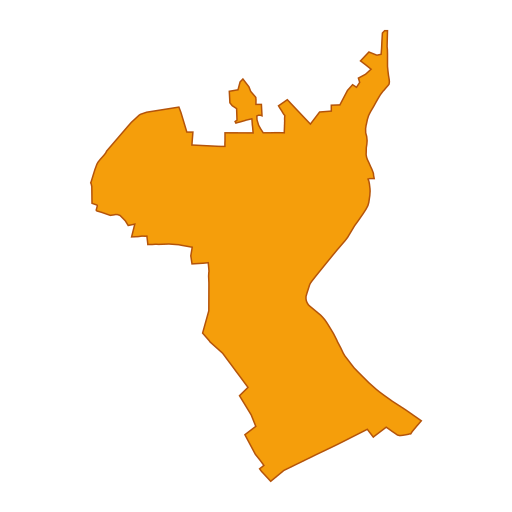 Cau Giay, Ha Noi, Vietnam (orthographic projection)
{"feature_id": "81297802B81208073820584", "entity_name": "Cau Giay", "entity_type": "district", "adm_level": 2, "iso_a3": "VNM", "parent_name": "Vietnam", "parent_adm1": "Ha Noi", "projection": "orthographic", "projection_center": [105.795, 21.03], "detail": "fine", "context": "isolated", "style": "filled", "palette": "amber", "viewbox_px": 512, "rotation_deg": 0, "n_neighbors": 0, "source": "geoboundaries", "source_scale": "gbopen_adm2", "svg_char_len": 4216}
<svg xmlns="http://www.w3.org/2000/svg" viewBox="0 0 512 512"><path d="M367.1,120.8L367.3,119.7L368.6,115.6L369.6,113.5L370.7,111.4L373.2,107.2L374.0,105.8L375.8,102.5L377.8,99.0L380.3,94.8L383.0,91.2L384.2,90.0L385.5,88.4L388.2,85.3L388.9,84.4L389.1,83.9L389.4,81.8L389.3,80.9L389.2,79.6L388.8,77.2L388.5,75.5L387.9,70.6L387.5,66.4L387.5,63.0L387.5,55.4L387.5,54.0L387.4,49.7L387.1,46.6L387.5,30.7L384.6,30.7L383.8,31.6L382.8,32.6L382.4,33.1L382.1,38.1L381.9,41.5L381.6,48.2L381.1,54.3L376.9,55.2L368.9,52.0L360.5,60.9L365.5,64.7L371.1,69.2L365.5,74.3L358.4,78.1L359.7,82.4L356.5,87.3L352.6,84.7L347.5,90.4L339.9,104.9L331.3,105.2L331.3,111.1L319.6,112.0L310.4,124.1L305.9,119.4L287.3,99.7L280.7,104.3L278.5,105.8L279.8,108.0L282.1,111.5L282.5,112.3L283.7,114.2L284.8,115.5L284.6,118.2L284.6,118.5L284.6,119.5L284.7,121.0L284.6,122.4L284.6,123.1L284.6,124.0L284.5,125.2L284.5,126.2L284.3,131.2L284.3,132.8L279.0,132.7L274.8,132.7L270.4,132.8L263.2,132.8L260.6,128.8L258.6,125.2L257.0,119.9L256.8,116.0L258.5,115.2L260.6,115.3L262.0,115.8L261.4,104.4L255.9,104.4L256.0,99.8L255.8,97.9L255.8,97.4L254.9,96.3L250.7,91.4L248.9,86.8L242.9,79.0L240.1,81.9L238.0,89.8L229.3,91.3L229.9,102.8L232.2,105.7L236.6,108.6L237.0,120.2L235.1,121.5L235.9,123.1L237.4,122.6L240.3,121.9L245.1,120.5L245.8,120.2L249.7,119.3L251.8,118.8L252.0,120.0L252.0,120.5L252.1,121.1L252.1,121.5L252.1,121.9L252.2,122.8L252.3,124.7L252.6,126.9L253.0,131.5L253.1,132.9L252.8,132.9L250.9,132.9L250.5,132.9L225.0,132.8L225.0,139.2L225.0,141.0L224.9,142.9L224.9,144.9L224.9,146.4L220.7,146.4L217.7,146.3L191.9,145.0L192.7,134.7L192.9,132.1L188.9,132.1L187.8,132.1L186.8,132.0L181.0,112.7L178.9,107.1L146.7,112.2L140.5,114.3L139.1,115.2L138.9,115.4L131.4,122.3L127.8,126.4L106.6,151.1L106.1,152.2L105.6,153.1L103.9,155.3L100.3,159.3L98.0,162.2L96.9,164.2L95.0,169.3L93.0,175.7L91.4,181.0L91.0,182.1L90.7,182.9L91.1,183.5L91.8,186.5L92.0,203.3L96.8,205.0L97.2,205.3L97.3,205.9L96.4,209.4L96.2,210.0L96.4,210.6L97.0,211.0L101.5,212.3L109.5,215.1L110.5,215.4L112.0,215.1L113.1,215.0L115.7,214.5L117.7,214.6L117.9,214.7L120.1,215.5L125.3,220.8L128.2,225.5L132.0,224.7L134.8,224.1L131.6,236.9L138.3,236.6L141.9,236.1L145.6,236.2L146.9,236.1L147.8,244.0L147.8,244.5L152.3,244.5L155.9,244.2L158.6,244.4L168.9,244.0L175.6,244.5L178.6,244.7L181.5,245.3L192.2,247.2L192.2,247.4L190.8,255.8L192.0,263.9L203.5,263.2L208.2,262.7L208.5,265.5L209.0,271.3L208.8,272.6L208.6,276.1L208.9,282.7L208.9,286.1L208.8,310.8L202.6,333.1L209.3,340.8L210.0,341.9L222.6,353.2L225.0,356.4L226.9,359.0L232.0,365.8L233.1,367.3L236.1,371.4L239.2,375.5L245.1,383.5L247.2,386.3L248.0,387.4L239.5,395.7L251.2,414.9L255.8,426.4L253.5,428.1L244.9,434.7L255.4,454.4L259.9,460.0L263.9,465.4L259.6,468.8L261.5,471.4L270.7,481.3L283.9,470.4L315.8,454.8L337.5,444.4L367.3,429.3L373.3,437.1L374.5,436.1L386.2,427.2L388.7,428.9L389.5,429.5L390.7,430.3L392.0,431.3L393.2,432.1L394.7,433.1L397.4,435.0L399.7,435.6L401.9,435.4L403.9,435.1L406.3,434.7L408.4,434.3L409.5,433.9L410.7,433.9L412.4,431.3L413.2,430.4L413.9,429.5L414.5,428.8L415.2,428.0L416.4,426.5L416.9,425.9L418.5,424.1L418.9,423.6L421.3,420.8L405.7,409.9L392.4,401.3L384.3,395.5L379.3,391.8L376.1,389.2L368.7,382.6L362.6,376.5L358.1,372.0L354.1,367.9L350.3,363.0L346.8,358.4L344.9,356.0L344.2,354.8L343.8,354.1L343.3,353.3L341.9,350.3L340.8,348.0L339.8,346.1L338.0,342.7L337.6,342.0L336.7,339.9L333.5,333.6L330.0,327.8L326.9,322.8L324.9,319.9L322.7,317.3L320.7,315.2L309.5,305.9L308.3,304.7L306.9,302.3L306.3,300.6L306.0,298.9L306.0,296.5L306.9,293.3L309.7,284.6L310.4,283.2L312.1,280.8L316.2,275.6L326.0,263.5L332.6,255.4L337.3,249.7L344.9,240.9L347.6,237.4L354.6,225.7L358.1,220.9L363.1,213.7L366.0,209.2L367.9,205.6L368.8,202.4L369.8,195.6L370.1,191.2L370.0,188.9L369.4,183.8L368.8,180.9L368.0,179.1L369.5,178.6L374.2,178.6L373.6,175.5L373.6,175.4L373.4,173.4L373.0,172.2L371.9,169.3L370.6,166.6L368.9,162.7L367.4,159.6L367.3,159.3L366.6,157.3L366.3,155.7L366.1,154.2L366.2,152.6L366.3,147.7L366.8,144.5L366.9,143.4L367.1,140.7L366.7,136.6L366.3,135.0L366.1,134.5L366.0,134.1L365.9,133.5L365.7,133.0L365.6,128.7L366.0,125.9L366.1,125.2L366.3,124.6L366.7,122.7L367.1,120.8Z" fill="#f59e0b" stroke="#b45309" stroke-width="1.5"/></svg>